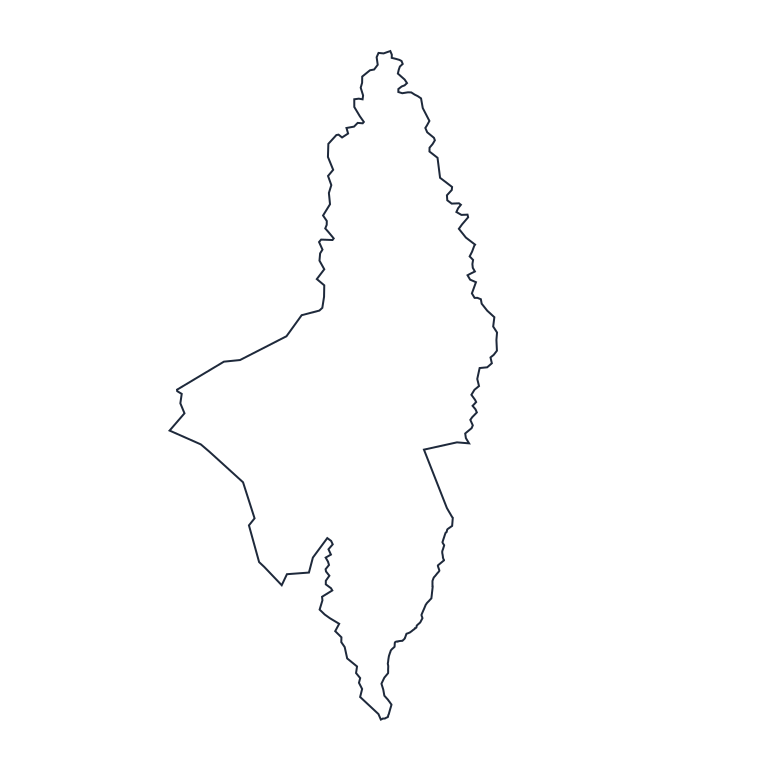 the district of Miguelete, Colonia, Uruguay, rotated 130°
{"feature_id": "84410073B28336448089611", "entity_name": "Miguelete", "entity_type": "district", "adm_level": 2, "iso_a3": "URY", "parent_name": "Uruguay", "parent_adm1": "Colonia", "projection": "robinson", "projection_center": [-57.58, -34.054], "detail": "fine", "context": "isolated", "style": "outline", "palette": "slate", "viewbox_px": 768, "rotation_deg": 130, "n_neighbors": 0, "source": "geoboundaries", "source_scale": "gbopen_adm2", "svg_char_len": 5842}
<svg xmlns="http://www.w3.org/2000/svg" viewBox="0 0 768 768"><g transform="rotate(130 384 384)"><path d="M218.7,403.8L219.2,415.4L217.0,426.4L211.6,426.8L202.2,426.7L200.6,428.9L204.7,433.4L205.7,439.1L201.7,440.2L197.3,440.3L197.4,442.7L202.3,448.1L202.6,453.6L199.0,457.1L191.8,456.8L189.3,458.5L190.0,473.6L176.3,488.4L176.7,498.6L173.7,501.0L168.8,501.0L164.6,501.7L163.3,504.0L163.4,512.7L161.3,516.9L158.4,517.3L153.3,518.3L147.7,531.7L141.4,539.2L141.8,543.2L142.6,546.5L143.1,550.5L145.1,553.1L149.5,556.9L151.1,560.7L148.8,562.6L144.7,561.7L142.0,560.2L138.7,559.8L137.5,563.9L137.3,572.9L133.8,574.7L130.6,575.9L126.8,575.4L125.3,578.2L125.8,580.5L127.3,583.9L129.2,587.7L126.7,589.7L124.9,593.2L127.6,594.8L131.0,596.8L133.9,601.0L138.4,599.7L143.5,594.0L149.4,593.7L152.7,596.4L162.5,598.3L167.3,594.4L172.0,592.3L176.4,585.5L179.7,583.4L181.6,586.7L185.0,589.8L190.9,584.8L194.4,574.7L196.2,567.9L198.0,567.9L200.9,572.0L206.1,572.4L212.0,577.3L215.2,572.5L222.1,574.6L222.2,579.1L223.9,580.5L235.8,581.0L246.1,572.9L252.6,560.6L260.6,560.6L265.5,552.2L273.1,549.0L281.0,540.9L294.1,539.0L295.9,532.6L298.9,530.2L302.6,529.0L303.3,524.3L304.8,516.1L306.8,516.0L313.8,525.0L317.0,525.0L320.6,517.5L325.0,516.9L331.0,512.7L334.5,503.5L346.8,502.9L346.8,493.2L355.7,486.0L365.3,480.2L369.3,480.7L384.2,491.3L410.1,489.4L458.2,509.7L469.8,521.0L521.4,538.9L522.4,537.8L521.6,532.6L529.7,527.6L534.7,518.0L557.5,518.3L548.0,485.5L548.1,474.1L549.9,428.8L570.1,396.8L579.1,396.6L600.7,365.2L601.1,358.1L603.9,333.0L592.1,336.1L576.7,320.3L562.7,326.9L538.5,328.4L538.2,323.6L539.8,320.2L546.3,320.3L548.8,315.0L554.5,317.1L556.1,312.7L558.0,309.8L563.4,309.7L564.9,307.9L566.0,302.6L572.1,302.1L574.9,299.8L574.5,293.3L575.4,290.9L586.8,294.7L589.3,292.1L598.2,288.3L598.7,281.3L598.2,274.9L596.5,264.2L604.7,262.5L605.4,253.8L609.2,250.8L610.8,245.0L617.9,235.8L617.7,223.1L623.4,219.6L624.6,213.2L629.0,211.1L631.7,204.7L639.1,201.1L640.4,176.1L643.1,170.7L642.7,170.5L641.8,170.1L641.4,170.0L641.1,169.9L641.0,169.7L640.7,169.4L640.1,168.8L639.8,168.4L639.7,168.3L638.8,168.0L637.9,167.6L636.7,167.0L636.4,167.1L636.2,167.1L636.0,167.3L635.4,167.6L634.8,167.9L633.9,168.1L633.4,168.3L632.6,168.7L631.7,169.1L628.8,170.4L627.4,171.0L624.9,172.1L624.8,172.3L624.7,172.4L624.7,172.7L624.6,173.0L624.2,174.5L623.8,176.0L623.7,176.7L623.5,177.3L623.5,177.5L623.4,177.7L623.3,178.0L623.0,180.3L622.8,181.5L622.6,183.2L622.4,183.5L622.2,183.8L618.6,188.1L618.4,188.4L615.7,192.6L615.5,192.9L615.3,193.2L615.2,193.3L614.9,193.4L609.5,194.8L609.1,194.9L608.6,195.0L608.3,195.0L604.0,195.0L603.3,195.0L603.1,195.0L602.9,195.0L601.2,196.3L600.6,196.9L599.7,197.6L598.4,198.6L597.4,199.4L597.1,199.7L596.0,201.1L595.9,201.2L595.7,201.4L595.2,201.7L594.3,202.2L592.2,203.6L590.2,204.8L589.7,205.1L588.9,205.5L585.6,206.8L585.4,206.8L585.0,207.0L584.0,207.4L583.7,207.5L583.1,207.5L582.7,207.5L582.1,207.5L579.3,207.1L578.8,207.0L578.6,207.0L578.4,207.1L578.2,207.2L575.7,209.1L575.2,209.3L575.0,209.5L574.8,209.5L574.6,209.5L574.3,209.4L573.8,209.2L573.5,209.1L573.3,208.9L572.6,208.3L572.4,208.0L572.4,207.9L572.2,207.9L571.8,207.6L571.2,207.1L570.4,206.4L569.9,205.8L569.4,205.4L569.1,205.1L569.0,204.9L568.8,204.8L568.6,204.8L567.9,204.7L567.7,204.7L567.4,204.7L566.4,204.5L566.2,204.5L565.7,204.6L565.2,204.6L564.8,204.9L564.5,204.9L563.7,205.2L561.3,206.1L561.1,206.1L560.9,206.2L560.7,206.1L560.4,206.0L559.7,205.5L558.9,205.1L558.2,204.7L557.8,204.5L557.6,204.4L557.2,204.4L556.6,204.2L555.9,204.0L553.7,203.6L552.4,203.2L552.2,203.2L551.6,203.3L551.6,203.2L551.4,203.1L551.1,203.0L550.8,202.9L550.2,202.8L549.9,202.7L549.7,202.7L549.4,202.8L548.6,203.3L548.3,203.5L548.0,203.6L547.8,203.6L546.8,203.5L544.3,203.1L543.5,203.0L543.3,203.0L541.0,203.5L539.7,203.8L538.9,203.9L538.7,204.0L538.4,204.4L538.1,204.8L537.9,205.3L537.4,206.1L537.1,206.5L536.9,206.8L536.5,207.0L532.9,208.1L531.9,208.4L530.8,208.7L527.0,209.9L526.5,210.1L526.2,210.1L525.1,210.2L524.7,210.3L524.2,210.3L522.2,210.2L521.7,210.1L520.5,210.1L518.6,210.0L518.0,209.9L517.8,209.9L517.7,210.0L516.1,211.0L513.7,212.6L513.0,213.1L512.2,213.6L510.7,214.6L508.3,216.2L508.0,216.4L507.8,216.6L507.8,216.9L507.6,217.0L507.3,217.1L507.2,217.3L506.8,217.7L506.3,218.1L503.8,220.2L503.6,220.3L503.4,220.4L500.6,221.4L500.4,221.4L499.6,221.5L498.1,221.4L494.6,221.5L493.2,221.4L491.9,221.5L491.7,221.5L491.3,221.7L491.0,222.1L489.8,224.1L489.6,224.5L489.4,224.7L489.0,225.4L488.8,225.7L488.6,225.9L488.5,226.0L488.4,226.0L488.2,226.1L484.4,225.4L480.6,224.7L480.5,224.8L480.4,224.8L480.2,225.0L480.1,225.5L479.6,226.5L479.2,227.0L479.0,227.4L478.5,227.8L477.0,229.5L476.4,230.3L475.3,231.4L474.9,231.7L474.5,231.9L473.9,232.2L472.2,232.8L471.3,233.2L470.6,233.5L469.1,234.1L468.9,234.2L468.8,234.3L468.6,235.1L468.0,236.8L467.9,237.1L467.8,237.3L467.7,237.4L467.5,237.6L466.9,237.8L465.0,238.6L462.7,239.5L462.2,239.7L460.0,240.6L458.6,241.1L458.3,241.2L458.1,241.2L457.9,241.1L457.7,241.0L457.5,240.9L457.3,240.9L457.1,240.9L455.1,241.9L454.8,242.0L454.6,242.0L454.2,242.0L449.3,240.7L449.1,240.6L448.9,240.6L448.6,240.8L442.7,245.0L442.3,245.3L442.2,245.4L442.2,245.5L442.2,246.0L442.1,246.3L441.8,247.2L441.3,248.6L440.7,250.2L440.3,251.4L439.8,252.8L438.6,256.1L408.6,311.2L381.8,290.6L374.8,280.7L372.8,286.5L369.7,290.0L361.5,288.5L358.6,289.4L356.0,294.8L352.8,295.1L346.1,294.6L344.6,297.6L343.8,302.1L338.6,301.8L337.6,304.1L336.1,310.1L330.2,311.0L324.5,309.9L320.2,315.8L310.3,321.0L304.9,315.7L298.8,314.7L295.2,319.5L291.1,318.7L285.9,318.9L278.0,326.2L271.9,330.5L269.8,337.3L261.9,342.4L261.5,352.0L259.7,360.8L256.8,364.3L258.0,367.9L259.8,370.0L258.1,374.9L246.9,379.0L248.7,385.1L247.0,389.9L244.2,388.8L239.4,386.7L237.9,390.7L235.3,393.4L231.7,395.5L231.2,400.4L226.0,401.6L220.1,403.7L218.7,403.8Z" fill="none" stroke="#1e293b" stroke-width="2"/></g></svg>